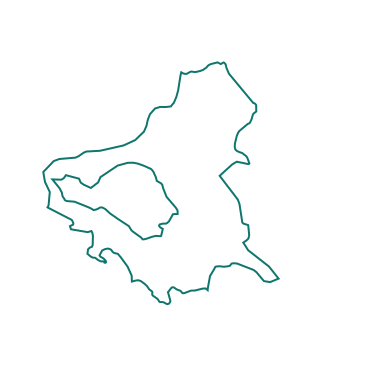 map outline of Sankt Gallen (Natural Earth projection), rotated 223°
{"feature_id": "CHE-167", "entity_name": "Sankt Gallen", "entity_type": "Canton", "adm_level": 1, "iso_a3": "CHE", "parent_name": "Switzerland", "parent_adm1": "", "projection": "natural_earth1", "projection_center": [9.275, 47.209], "detail": "fine", "context": "isolated", "style": "outline", "palette": "teal", "viewbox_px": 384, "rotation_deg": 223, "n_neighbors": 0, "source": "natural_earth", "source_scale": "10m", "svg_char_len": 3505}
<svg xmlns="http://www.w3.org/2000/svg" viewBox="0 0 384 384"><g transform="rotate(223 192 192)"><path d="M287.2,82.2L287.7,84.3L296.0,95.0L306.4,99.1L314.4,105.2L314.2,120.3L311.5,125.7L300.7,137.6L299.4,140.7L298.0,147.0L296.9,149.5L287.4,159.4L278.4,172.6L273.8,179.4L271.6,184.7L268.9,191.4L268.7,196.1L268.3,203.4L270.4,209.3L271.2,210.7L273.5,214.5L275.8,220.2L276.0,227.8L273.3,232.5L269.0,236.4L265.8,240.2L266.1,243.5L266.1,244.9L268.3,250.9L271.4,256.8L279.9,269.4L281.5,272.2L279.4,272.7L277.7,273.6L276.4,274.9L275.4,278.2L274.6,279.7L272.0,281.4L270.6,283.0L268.6,286.0L267.2,288.8L266.3,293.0L266.5,294.7L266.2,296.6L265.4,298.5L261.7,304.2L258.2,305.2L257.4,308.1L256.5,308.5L254.5,308.3L251.3,306.2L245.6,303.7L208.0,298.9L206.8,299.5L205.3,299.5L204.3,299.3L199.9,294.7L200.5,291.4L200.2,290.0L198.0,285.7L197.0,282.6L196.9,281.3L197.5,280.2L197.7,279.3L199.0,269.0L198.6,266.5L197.4,263.4L193.7,256.8L191.4,254.0L189.1,252.6L187.1,252.7L185.0,253.3L181.9,254.7L176.6,255.2L174.8,254.7L169.6,252.1L169.5,251.4L170.2,250.6L179.9,244.7L181.4,239.7L182.8,222.7L153.3,217.7L149.1,215.6L134.4,204.0L132.8,204.0L128.3,206.1L120.8,199.5L119.0,196.5L119.0,195.6L119.2,193.4L120.0,190.0L111.2,187.7L84.9,190.0L69.6,187.7L73.4,179.4L78.6,175.9L90.1,177.3L93.8,177.0L110.3,170.4L112.9,168.3L114.2,166.7L114.0,163.7L115.6,161.5L117.7,159.1L121.3,156.4L123.0,154.6L123.9,153.2L123.1,150.4L121.5,142.8L114.8,132.4L113.6,130.9L116.4,130.7L118.7,128.1L122.6,122.0L125.4,119.3L128.5,113.1L129.5,111.8L130.8,111.5L131.8,111.8L132.8,111.8L133.9,111.6L135.2,110.9L136.6,110.4L138.1,110.1L140.0,109.9L141.0,109.3L141.6,108.5L141.7,107.3L141.3,103.6L141.3,102.4L133.5,97.6L132.9,96.4L132.7,94.6L133.6,93.1L135.3,92.5L136.8,92.2L138.0,91.8L140.3,89.7L141.3,89.5L143.5,90.2L145.2,90.2L150.0,89.5L150.9,89.7L151.7,90.4L152.2,91.2L152.9,91.9L153.7,92.0L156.2,91.7L157.3,91.7L160.8,92.5L164.3,92.5L168.9,91.9L171.1,90.8L172.4,89.4L174.9,85.5L179.1,89.7L188.2,93.5L199.1,95.6L204.1,96.2L205.2,95.5L207.7,94.2L209.3,94.1L211.7,94.6L213.6,94.1L215.1,93.1L216.1,91.7L216.8,90.6L217.8,87.9L216.4,82.6L215.5,82.3L214.3,82.3L212.8,82.8L211.1,83.1L208.1,82.8L207.1,82.2L207.0,81.3L207.5,80.8L208.0,80.6L208.6,80.9L209.1,80.9L209.8,80.6L210.7,79.6L211.8,78.9L213.5,78.4L215.1,78.1L217.4,77.9L218.2,77.7L219.6,76.5L220.9,76.0L222.3,75.7L226.3,75.5L228.9,79.1L228.9,80.6L228.7,81.9L227.8,83.8L228.5,85.5L234.7,92.5L237.1,94.2L239.0,94.8L240.9,91.5L255.1,82.2L258.0,83.8L256.7,87.1L257.0,87.6L257.3,88.1L260.1,89.4L261.1,89.5L262.4,89.2L265.0,88.4L287.1,82.2L287.2,82.2ZM269.1,140.4L267.2,135.0L268.7,126.0L276.2,123.5L279.8,123.0L283.7,124.7L295.7,118.3L295.2,115.1L295.7,112.5L296.3,111.6L302.7,106.0L291.3,104.4L287.0,102.9L286.1,102.3L284.2,100.9L283.4,100.5L281.0,100.0L280.4,99.8L279.8,99.4L278.6,99.5L277.1,100.2L271.3,104.8L257.3,110.2L254.9,111.0L251.6,111.7L250.1,113.9L249.2,116.0L248.7,117.9L247.1,119.5L243.7,120.4L237.5,120.4L227.5,121.8L214.9,124.0L210.3,122.7L208.3,122.7L198.3,124.0L195.8,123.7L194.8,124.7L193.4,126.8L190.6,132.1L188.5,135.3L185.0,138.1L184.6,138.8L188.2,145.1L191.0,144.5L192.2,144.5L193.2,145.0L193.5,146.2L192.3,148.2L191.4,149.4L189.5,151.1L189.0,152.5L188.8,154.8L190.8,162.8L187.5,166.1L189.6,168.3L190.8,168.9L193.3,169.5L207.3,171.1L215.9,175.2L218.8,177.1L219.6,177.1L220.6,177.2L225.3,176.1L229.0,178.4L231.4,179.3L233.4,180.3L235.8,180.8L237.6,180.9L245.5,178.2L251.0,175.8L255.0,173.3L258.9,169.5L264.4,160.6L269.1,140.4Z" fill="none" stroke="#0f766e" stroke-width="2"/></g></svg>